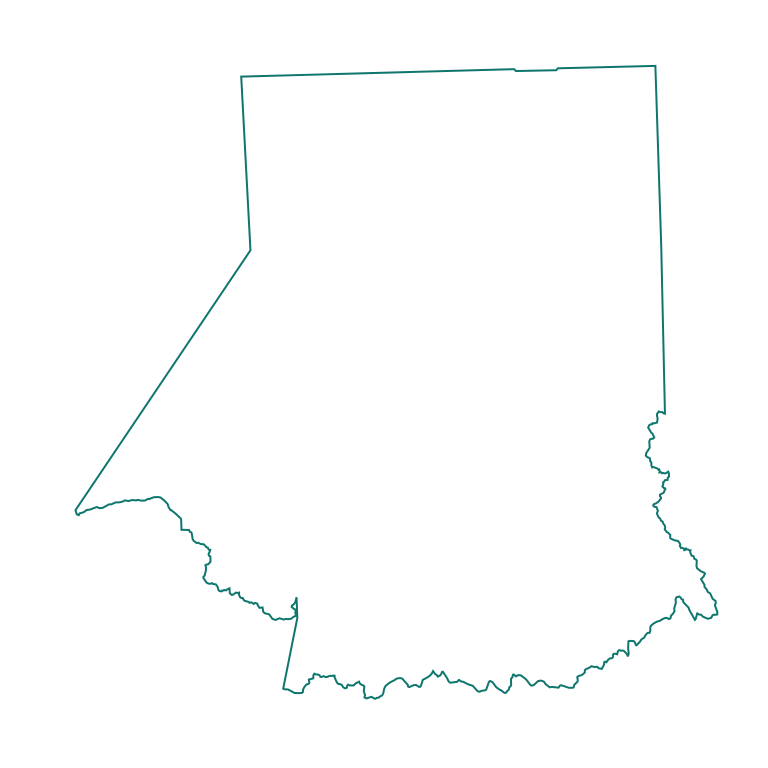 outline of Lago Argentino, Santa Cruz, Argentina, rotated 266°
{"feature_id": "61730980B69433296380231", "entity_name": "Lago Argentino", "entity_type": "district", "adm_level": 2, "iso_a3": "ARG", "parent_name": "Argentina", "parent_adm1": "Santa Cruz", "projection": "natural_earth1", "projection_center": [-72.936, -49.654], "detail": "fine", "context": "isolated", "style": "outline", "palette": "teal", "viewbox_px": 768, "rotation_deg": 266, "n_neighbors": 0, "source": "geoboundaries", "source_scale": "gbopen_adm2", "svg_char_len": 5968}
<svg xmlns="http://www.w3.org/2000/svg" viewBox="0 0 768 768"><g transform="rotate(266 384 384)"><path d="M279.6,67.4L275.3,68.5L274.5,70.4L276.1,71.2L277.0,75.4L279.1,78.7L279.2,81.8L281.2,88.5L281.2,89.2L280.0,91.4L280.0,94.5L283.1,101.3L283.0,103.7L284.6,107.9L284.4,111.7L284.7,114.0L285.3,116.1L285.9,116.9L285.9,118.0L285.0,120.8L285.7,123.6L285.7,126.1L285.1,128.5L285.6,130.0L284.6,133.8L284.4,137.3L285.9,140.7L285.5,142.0L286.1,143.0L287.1,146.6L287.0,150.9L286.3,153.3L282.8,157.0L279.5,159.7L276.0,160.6L273.1,162.2L272.9,163.1L268.9,167.4L264.2,171.7L263.2,172.2L252.7,171.8L252.0,179.3L250.1,180.0L249.8,180.9L248.6,181.8L242.5,182.3L240.6,183.4L238.4,186.1L238.6,187.7L237.1,190.1L236.7,193.0L233.6,195.5L233.0,196.8L231.0,197.6L230.7,199.1L228.5,198.3L227.1,197.3L226.1,197.2L225.1,197.3L224.3,198.5L223.5,198.8L218.8,198.5L216.5,196.2L216.3,194.4L215.7,193.2L213.5,193.7L210.0,193.2L205.4,191.7L204.1,190.3L203.1,190.3L198.4,193.0L197.2,194.8L196.8,196.8L197.3,198.6L196.5,199.4L195.8,202.3L193.7,203.7L189.8,204.6L189.2,205.1L188.5,207.0L188.5,207.7L189.2,208.2L189.0,208.6L189.7,210.4L189.2,211.2L189.2,212.3L190.0,213.1L191.0,215.6L186.0,215.6L184.1,217.5L184.6,219.2L186.3,221.8L185.7,223.4L186.0,224.9L183.7,224.7L181.3,225.6L180.5,226.6L180.5,227.9L177.5,229.7L176.0,233.9L175.1,234.5L175.4,236.6L173.7,238.6L174.6,239.9L173.8,242.3L171.9,242.7L169.4,244.2L169.5,247.3L165.3,247.6L163.7,248.9L162.2,253.4L157.5,256.3L156.2,259.3L157.6,263.4L156.0,267.7L156.6,270.0L156.1,271.4L156.2,274.7L158.2,277.8L158.8,280.1L161.9,279.6L165.1,280.1L165.9,278.5L168.1,276.3L169.4,276.7L170.3,278.4L172.5,280.3L177.4,281.9L156.6,281.2L87.1,262.2L86.4,263.5L86.0,266.9L82.0,273.3L81.5,278.4L81.6,280.5L82.3,281.6L84.7,281.9L87.1,283.3L89.5,285.5L90.3,288.1L91.1,288.7L94.4,288.4L95.3,292.9L98.2,293.2L99.9,294.3L99.0,295.9L98.7,298.1L98.0,299.3L96.4,300.1L96.0,301.0L96.8,303.2L95.7,305.5L95.7,306.5L96.7,309.9L96.4,311.9L96.7,313.9L96.4,314.4L94.9,314.2L89.5,316.2L87.9,317.6L87.8,318.9L86.7,321.0L84.4,322.1L83.1,323.9L83.6,325.8L85.4,326.1L86.6,327.3L85.6,329.1L85.4,332.7L87.4,335.0L88.8,338.4L86.9,339.0L85.3,340.9L84.7,342.5L83.7,343.3L78.8,342.4L75.0,343.4L72.7,342.7L71.6,344.5L72.8,349.7L71.1,352.1L70.6,353.5L71.5,355.1L71.4,356.8L72.5,358.1L73.5,360.5L75.6,361.7L80.2,363.0L82.8,364.6L85.7,368.8L88.0,374.2L88.9,375.4L89.4,376.9L89.5,379.7L88.8,381.7L82.1,386.8L80.8,386.8L80.2,387.3L79.9,388.1L81.5,392.5L81.5,395.0L79.5,397.7L79.3,398.7L80.3,399.8L86.2,402.1L88.0,406.3L89.9,409.5L92.0,411.6L94.2,412.9L91.4,414.6L89.7,416.6L88.4,417.2L89.3,419.6L90.9,421.0L92.6,421.7L92.9,422.7L86.0,426.5L83.0,427.6L81.4,429.2L81.8,436.2L83.5,438.0L83.4,438.5L81.9,440.1L81.4,442.3L78.7,446.7L76.7,451.5L71.1,455.9L70.3,457.8L71.2,460.3L71.4,463.8L72.1,464.7L79.1,467.7L80.0,468.4L80.3,469.3L78.9,471.5L73.6,474.9L70.8,478.3L70.3,479.5L67.9,482.0L67.4,482.9L67.4,483.9L70.8,487.4L72.5,487.7L74.4,489.8L81.0,490.1L82.7,491.7L85.0,492.3L85.1,492.9L84.8,493.7L83.1,495.1L84.3,497.8L83.7,500.4L79.5,505.1L74.2,508.6L73.2,509.4L72.8,510.5L73.3,512.5L76.9,517.0L77.2,519.7L76.3,522.1L75.6,523.0L73.4,524.2L69.9,528.1L70.1,530.5L68.9,536.9L71.0,538.7L71.1,539.9L68.0,547.4L67.8,551.4L68.5,552.2L70.5,552.7L73.6,556.3L75.2,556.7L78.1,556.3L79.1,557.7L79.9,561.1L81.4,563.3L82.3,564.2L84.6,564.4L85.7,566.2L86.5,568.7L88.0,571.3L87.0,574.1L87.1,576.9L85.5,578.2L84.6,581.4L88.7,583.9L91.1,584.3L91.6,585.1L90.9,586.4L93.4,588.5L94.5,590.2L94.6,592.2L95.0,592.8L95.8,593.4L98.0,593.6L98.8,594.2L98.7,596.3L98.1,597.7L100.8,598.6L102.1,599.9L101.3,602.3L101.5,603.4L101.2,604.5L98.1,607.2L95.9,608.1L96.0,608.6L98.1,609.3L103.4,609.1L110.3,609.9L110.6,611.1L110.1,615.2L108.7,616.3L106.2,617.0L105.7,617.6L109.0,621.3L111.4,623.1L112.8,625.9L114.4,626.7L116.8,628.9L117.4,629.9L117.2,631.6L119.5,632.5L122.2,632.6L124.0,633.2L126.4,636.4L127.9,639.7L128.6,643.0L129.5,644.3L130.9,647.7L131.0,649.6L129.7,651.9L130.1,653.3L133.1,654.3L134.5,656.1L136.9,657.9L140.0,657.9L145.4,659.9L148.8,659.8L150.8,660.8L151.4,663.7L150.6,664.7L148.4,666.0L148.0,667.2L145.5,667.4L139.7,672.2L137.1,672.9L127.0,677.7L127.6,678.4L133.3,680.5L132.0,682.4L131.8,684.1L129.6,686.0L127.2,690.7L127.9,694.1L130.1,695.4L130.9,696.4L130.6,698.7L130.9,700.4L133.5,700.6L140.3,698.6L142.1,699.7L144.4,699.6L146.9,696.8L152.3,694.8L154.1,692.4L156.3,691.7L159.4,689.5L161.3,689.7L166.8,686.8L167.5,686.8L169.4,689.2L172.5,691.0L173.5,690.1L175.3,686.7L178.3,683.5L180.7,683.0L185.8,683.7L186.8,683.3L188.2,681.3L190.3,680.9L190.9,680.3L191.2,678.9L194.7,677.7L196.7,678.1L196.6,677.2L197.6,676.0L197.8,674.6L198.9,673.7L198.3,672.9L197.3,672.6L197.2,672.0L199.0,671.5L199.9,669.5L199.7,668.8L201.9,667.8L203.1,668.4L204.5,667.9L207.0,666.3L207.7,663.0L210.0,659.0L210.9,658.7L213.5,659.1L216.1,656.8L216.5,655.7L217.9,655.1L218.3,654.5L219.4,653.9L220.9,654.5L223.0,654.3L226.0,652.5L227.2,652.4L228.4,650.7L230.7,650.0L231.7,648.7L234.7,647.5L236.2,647.3L238.3,648.4L241.9,647.3L242.5,646.7L242.4,645.9L243.2,644.4L244.4,644.1L245.5,645.2L245.8,646.7L247.4,649.5L250.6,652.4L251.4,652.4L253.0,651.4L254.3,651.6L255.9,655.0L257.0,656.1L258.2,656.3L259.6,657.4L260.3,657.2L260.8,655.8L262.4,654.6L264.3,655.6L266.4,655.6L266.4,656.0L268.5,657.7L268.5,660.2L270.8,660.5L271.3,661.5L272.2,662.0L274.9,662.0L276.7,661.4L275.5,659.3L275.2,657.8L275.9,656.0L275.6,655.1L276.7,654.1L276.6,652.6L277.9,653.0L279.6,652.5L279.3,651.8L280.6,650.9L282.4,646.9L282.5,646.0L282.2,645.7L283.9,645.1L287.2,645.2L288.5,644.2L291.4,644.0L292.9,641.3L294.4,640.2L296.8,640.8L301.9,644.6L308.2,644.6L310.1,645.5L310.5,646.3L310.7,648.5L311.8,649.9L315.7,648.3L317.1,647.0L322.1,644.5L324.2,645.5L325.1,647.0L325.2,648.5L326.2,649.2L325.8,650.1L326.5,653.7L330.8,654.6L333.0,654.1L335.1,654.3L337.4,656.2L336.7,657.7L336.5,659.8L335.3,660.7L334.8,662.2L502.7,670.2L682.4,676.9L686.8,579.4L685.0,577.7L687.0,537.5L689.0,535.7L700.6,263.0L526.7,260.1L279.6,67.4Z" fill="none" stroke="#0f766e" stroke-width="2"/></g></svg>